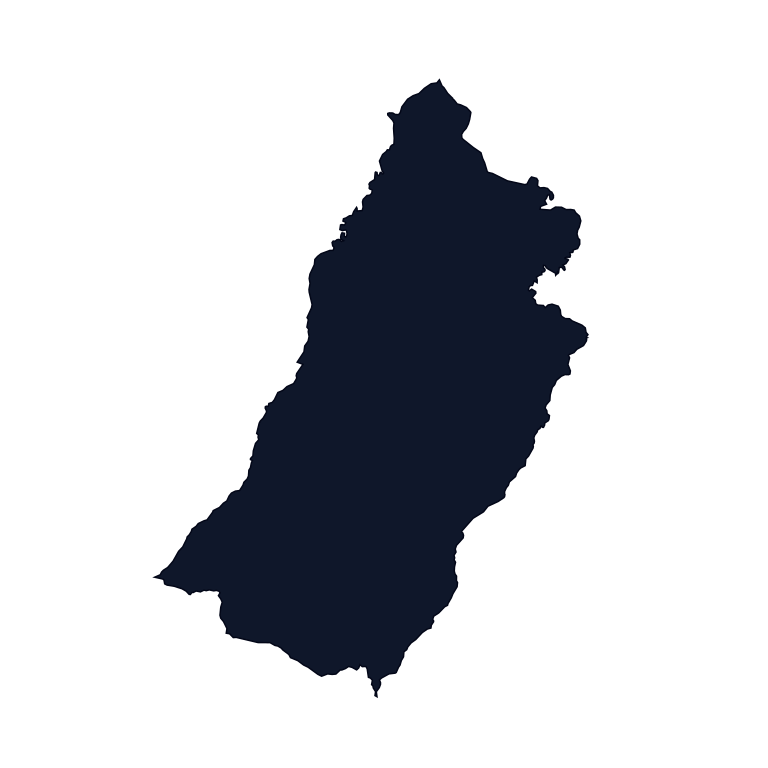 outline of Bagaces, Guanacaste, Costa Rica, rotated 190°
{"feature_id": "36466004B76041075166072", "entity_name": "Bagaces", "entity_type": "district", "adm_level": 2, "iso_a3": "CRI", "parent_name": "Costa Rica", "parent_adm1": "Guanacaste", "projection": "robinson", "projection_center": [-85.261, 10.512], "detail": "fine", "context": "isolated", "style": "filled", "palette": "ink", "viewbox_px": 768, "rotation_deg": 190, "n_neighbors": 0, "source": "geoboundaries", "source_scale": "gbopen_adm2", "svg_char_len": 6139}
<svg xmlns="http://www.w3.org/2000/svg" viewBox="0 0 768 768"><g transform="rotate(190 384 384)"><path d="M336.6,74.8L338.1,79.6L335.9,84.2L335.3,87.6L335.6,89.4L337.1,91.8L335.3,94.1L328.7,99.4L322.8,101.2L321.9,102.0L320.5,107.6L319.4,110.0L318.9,114.7L317.4,118.7L317.9,123.7L315.5,126.3L314.9,129.2L312.3,133.8L308.4,137.8L303.1,145.9L298.8,150.2L295.4,151.8L295.5,154.7L293.9,158.4L294.0,159.3L295.2,160.7L294.7,164.0L290.3,168.1L285.6,175.1L283.0,177.1L282.9,178.8L280.6,185.1L279.7,189.4L276.8,197.0L277.1,201.2L278.5,202.9L279.2,207.4L281.1,209.3L282.3,212.0L282.8,216.1L282.6,220.9L284.4,223.0L284.2,225.1L285.3,227.4L283.9,231.0L285.2,233.9L284.6,237.7L279.3,246.2L279.4,248.8L280.5,250.9L281.8,251.7L281.8,252.8L273.0,267.2L263.8,275.4L260.4,281.7L251.2,288.1L246.3,292.8L245.7,293.9L245.7,296.1L246.3,297.2L246.5,299.3L245.5,303.1L244.0,305.8L243.5,309.4L238.4,315.7L237.9,319.4L236.1,323.3L234.7,325.1L230.8,328.1L231.3,334.8L229.1,338.2L226.1,346.7L226.1,348.6L226.8,350.0L225.9,351.9L225.9,353.8L227.1,356.9L226.7,359.7L224.9,363.3L224.6,365.6L222.7,367.3L222.2,369.8L221.4,369.9L220.6,368.8L219.4,369.0L218.7,371.4L218.9,373.5L215.8,376.4L215.4,378.0L215.6,381.7L218.2,383.0L219.0,385.9L221.2,388.3L220.7,391.5L217.8,396.5L218.4,402.1L217.7,409.8L215.8,413.0L214.9,417.4L210.7,422.5L207.4,424.7L203.9,425.2L202.6,426.1L202.7,429.3L206.3,435.2L205.8,442.0L207.4,444.3L206.7,445.2L202.4,447.9L200.1,451.7L194.2,456.5L192.2,461.4L192.1,462.8L192.7,463.2L192.7,464.2L191.9,464.8L192.8,464.9L192.9,465.5L191.7,468.0L194.0,470.0L195.5,474.2L199.2,476.3L209.6,478.8L212.6,480.5L216.9,479.9L220.8,481.4L222.0,483.1L223.2,487.4L225.9,490.9L232.4,491.8L236.1,490.3L238.6,487.1L240.6,489.0L246.4,488.4L248.5,489.5L249.6,492.7L253.0,494.8L250.2,499.8L250.7,501.4L255.1,503.1L257.0,500.9L258.1,501.6L258.0,504.6L256.9,506.4L254.9,506.9L254.0,511.6L250.8,510.3L251.2,513.1L252.4,515.7L249.8,518.1L247.6,519.1L248.0,521.4L245.9,522.3L245.1,523.6L245.4,524.9L247.3,526.4L247.5,528.6L245.8,528.6L244.4,526.8L242.8,525.9L234.4,522.9L233.8,520.9L233.0,522.2L232.6,525.5L231.8,523.3L231.4,523.9L231.6,529.2L229.1,529.8L226.8,527.5L226.0,527.3L225.5,528.1L226.5,530.7L228.6,532.2L225.8,534.1L223.9,538.2L224.7,538.8L227.5,539.0L227.7,539.6L226.3,540.6L222.9,541.2L222.7,543.0L223.9,545.6L221.2,546.3L220.8,546.8L220.9,548.9L216.9,551.0L215.5,555.7L216.3,560.0L218.1,561.3L220.0,565.3L220.0,569.1L219.0,572.3L218.5,578.8L220.7,583.3L225.0,586.0L226.9,588.3L230.3,588.3L234.9,587.4L239.8,588.9L245.9,588.0L250.2,584.2L260.7,583.2L260.6,586.1L255.1,589.3L257.6,592.4L256.2,595.5L255.7,598.2L254.1,599.3L252.6,594.9L251.4,594.2L250.1,595.3L249.5,596.8L249.9,599.3L252.1,602.1L253.7,602.5L256.9,605.0L260.6,605.2L264.5,604.2L267.3,605.9L267.7,611.0L269.4,613.0L274.7,613.5L276.2,611.0L277.9,605.7L280.0,604.8L297.7,605.5L313.8,610.2L317.9,610.4L319.2,611.1L323.3,619.3L326.0,623.2L328.7,628.6L337.1,632.4L348.7,638.7L350.1,640.0L350.9,643.3L349.7,646.5L347.5,650.0L346.1,654.8L345.6,659.3L345.6,666.4L346.1,667.1L350.8,670.6L356.9,672.2L360.6,672.5L364.2,675.8L365.9,676.6L365.9,677.2L371.8,681.3L376.5,686.3L378.6,687.6L382.3,693.2L384.2,689.7L389.7,687.9L395.6,682.2L400.0,676.1L405.4,673.0L410.2,668.6L414.5,660.1L415.1,654.2L416.4,651.8L419.9,651.4L422.4,652.4L425.9,651.9L427.3,651.1L427.0,649.6L421.2,645.1L419.5,642.8L419.0,637.5L416.6,627.7L416.0,623.0L416.0,621.6L417.6,620.7L418.8,619.1L419.3,615.5L421.4,615.2L422.2,613.3L425.2,609.8L427.2,602.8L422.7,593.4L421.0,591.8L421.1,591.3L421.5,590.6L422.2,590.6L423.5,591.8L424.4,591.7L424.9,589.1L425.7,588.3L426.9,588.8L427.6,591.1L429.1,591.3L429.4,590.7L428.8,583.7L432.8,580.0L433.5,578.2L432.7,576.7L432.6,574.2L431.7,573.5L429.7,573.2L429.2,572.6L429.2,569.5L430.9,567.4L433.5,566.7L436.6,562.2L436.8,559.6L435.3,554.6L435.6,551.0L440.5,549.7L441.0,552.2L441.7,553.2L443.8,548.5L444.5,544.5L447.3,543.6L450.2,541.0L452.6,539.7L452.7,537.3L449.8,536.5L449.6,535.8L450.6,533.7L453.2,533.7L454.4,533.1L454.3,528.4L451.6,527.8L448.5,529.1L447.4,528.2L446.5,525.6L446.5,523.4L447.2,522.1L448.7,522.6L449.0,525.6L451.6,525.6L452.2,523.5L452.2,521.1L451.6,519.3L448.6,518.1L450.7,516.9L452.8,518.5L453.9,518.5L455.4,517.9L456.8,516.2L458.9,515.9L459.7,514.3L458.5,511.1L457.1,510.1L456.9,508.6L457.4,506.7L460.4,506.2L468.6,501.4L471.6,498.1L473.7,494.7L473.3,489.4L476.0,479.4L476.0,474.9L474.3,470.2L474.3,464.1L473.6,461.4L468.6,449.8L468.6,446.4L471.3,436.0L469.7,434.3L469.8,426.6L467.7,424.9L467.7,422.3L466.0,417.8L466.2,412.9L468.7,407.7L468.4,401.8L473.3,390.4L467.2,389.3L471.8,379.1L471.9,376.8L471.1,375.4L471.1,373.9L473.1,368.7L479.1,364.6L482.5,360.1L487.0,357.2L489.2,349.5L490.8,346.5L494.0,344.8L494.1,341.9L496.1,341.7L496.9,341.0L496.8,339.6L495.0,337.0L494.9,335.5L497.1,329.5L499.4,326.0L500.1,323.8L500.8,313.2L498.9,312.1L498.8,309.7L497.7,307.4L500.2,303.2L501.1,295.5L500.6,290.4L502.5,287.5L502.4,286.4L500.3,285.8L500.9,283.3L501.0,278.3L502.1,275.7L501.5,269.8L502.3,266.6L504.9,262.9L505.3,259.9L507.7,254.0L511.8,252.7L515.3,250.1L517.1,246.8L518.5,241.5L521.5,238.7L524.6,233.8L530.2,229.7L530.5,228.0L534.7,219.4L537.4,218.1L542.7,214.3L544.3,211.2L547.9,207.7L548.2,205.2L549.5,201.8L551.3,199.2L551.4,197.1L553.9,188.6L557.2,183.6L561.0,172.8L565.2,165.7L568.9,162.3L570.4,160.1L571.2,157.3L576.3,153.9L567.9,153.5L566.6,152.7L565.3,149.1L562.8,148.3L555.9,148.4L547.4,147.3L542.8,145.6L539.4,143.0L538.1,143.1L537.1,145.3L535.7,145.5L533.1,147.5L528.7,147.4L525.5,149.7L523.2,149.6L520.3,150.9L515.8,150.7L513.2,151.6L510.5,151.3L509.2,149.9L510.3,146.8L507.4,144.0L505.4,141.0L506.0,135.9L505.4,127.8L504.1,125.0L500.8,122.2L496.2,115.9L496.1,111.2L492.7,111.2L488.4,108.1L485.5,108.8L463.2,107.5L451.3,109.5L446.0,107.6L443.0,107.5L439.2,106.0L437.6,104.6L430.7,101.1L428.6,98.3L420.9,96.6L414.4,93.3L409.5,91.9L398.7,86.6L394.7,85.4L389.2,88.7L384.6,89.0L381.0,90.0L377.4,94.8L375.9,95.0L372.5,97.1L369.8,99.7L366.3,99.4L361.3,97.7L359.6,100.0L359.0,103.4L356.3,101.9L352.8,102.7L351.1,100.6L348.4,92.4L346.4,92.1L344.0,90.3L344.0,85.8L342.4,84.6L341.8,82.8L338.9,79.6L338.8,75.6L336.6,74.8Z" fill="#0f172a" stroke="#020617" stroke-width="1.5"/></g></svg>